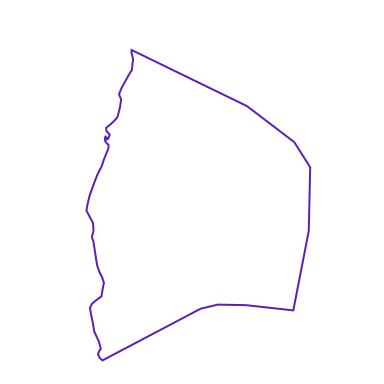 the district of Dahab, Janub Sina', Egypt, rotated 170°
{"feature_id": "37247803B99399074441335", "entity_name": "Dahab", "entity_type": "district", "adm_level": 2, "iso_a3": "EGY", "parent_name": "Egypt", "parent_adm1": "Janub Sina'", "projection": "albers", "projection_center": [34.572, 28.733], "detail": "fine", "context": "isolated", "style": "outline", "palette": "violet", "viewbox_px": 384, "rotation_deg": 170, "n_neighbors": 0, "source": "geoboundaries", "source_scale": "gbopen_adm2", "svg_char_len": 1011}
<svg xmlns="http://www.w3.org/2000/svg" viewBox="0 0 384 384"><g transform="rotate(170 192 192)"><path d="M226.8,342.3L227.2,340.7L227.4,339.9L226.9,333.2L230.1,322.4L233.1,319.3L237.8,313.5L243.3,306.7L246.9,300.9L245.7,295.4L247.6,289.8L248.5,287.3L252.2,279.1L254.4,276.9L259.8,273.2L265.4,270.1L265.7,267.1L263.1,262.7L265.4,258.9L266.5,258.6L266.7,260.5L267.6,261.5L268.4,260.4L268.8,257.6L267.6,255.0L266.0,252.9L266.9,249.0L269.2,245.6L273.6,238.5L276.2,233.4L282.1,225.6L286.7,218.0L293.5,206.1L293.6,205.9L297.1,197.8L299.2,192.0L297.7,187.3L295.3,180.0L294.9,178.8L295.6,171.4L298.5,164.7L297.7,160.9L297.8,154.2L298.1,141.1L298.1,135.6L296.9,128.4L295.4,124.0L294.5,117.9L297.4,110.4L299.3,105.0L305.2,102.0L309.7,99.5L312.6,95.7L312.7,90.2L312.4,81.1L312.5,71.6L311.0,66.0L309.6,60.5L309.1,53.2L310.9,51.7L312.7,48.7L311.6,44.3L309.4,41.7L203.7,75.6L186.1,76.6L158.5,71.2L112.8,57.8L83.8,133.3L71.3,195.8L82.6,223.3L122.9,267.0L226.8,342.3Z" fill="none" stroke="#5b21b6" stroke-width="2"/></g></svg>